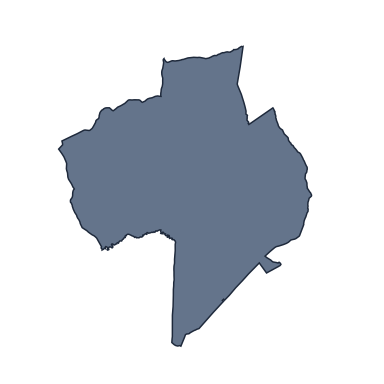 outline of Madarjac, Iasi, Romania, rotated 332°
{"feature_id": "2599482B56251778080144", "entity_name": "Madarjac", "entity_type": "district", "adm_level": 2, "iso_a3": "ROU", "parent_name": "Romania", "parent_adm1": "Iasi", "projection": "orthographic", "projection_center": [27.286, 47.051], "detail": "fine", "context": "isolated", "style": "filled", "palette": "slate", "viewbox_px": 384, "rotation_deg": 332, "n_neighbors": 0, "source": "geoboundaries", "source_scale": "gbopen_adm2", "svg_char_len": 5915}
<svg xmlns="http://www.w3.org/2000/svg" viewBox="0 0 384 384"><g transform="rotate(332 192 192)"><path d="M305.3,87.6L305.0,87.6L304.4,86.9L303.9,86.7L301.2,86.8L300.3,87.2L298.6,87.1L296.6,86.4L295.6,85.8L294.6,86.3L291.2,86.4L289.8,85.5L288.9,84.8L287.7,84.4L285.6,84.0L284.3,83.3L282.1,83.1L281.1,83.2L279.8,82.8L278.8,83.0L277.6,83.0L275.9,82.0L273.7,81.7L272.9,81.8L269.6,81.6L267.0,80.8L266.7,80.7L265.5,79.6L262.2,76.9L261.4,76.4L260.1,75.9L256.8,73.9L251.3,71.7L246.3,70.8L245.5,70.4L244.4,70.3L242.1,69.7L238.6,68.4L236.5,67.0L235.6,66.7L232.7,66.4L231.5,66.2L230.7,65.5L230.2,64.6L229.8,61.5L229.9,61.1L229.3,61.3L228.8,61.6L228.2,62.7L228.0,63.9L226.9,65.6L224.3,69.0L222.3,70.9L221.5,72.1L220.5,74.2L220.1,75.6L219.7,77.4L219.3,78.4L218.7,79.3L217.7,81.2L216.9,82.7L215.3,84.8L213.8,86.1L212.9,87.1L212.0,88.6L211.5,89.2L210.6,90.5L209.6,92.4L209.5,93.0L208.5,92.4L207.2,91.4L206.6,91.0L204.4,90.3L201.1,90.1L198.6,89.3L196.8,89.0L195.0,89.2L193.3,89.7L190.2,89.5L189.9,89.0L189.2,86.8L188.9,86.3L188.3,85.7L184.1,83.4L182.2,82.6L180.3,81.4L179.1,81.0L178.4,81.1L174.4,82.2L169.4,82.4L166.1,82.2L164.3,82.7L160.7,83.3L160.2,82.9L159.6,81.7L159.2,80.3L158.6,78.9L156.4,77.7L154.8,77.1L152.8,77.1L152.4,77.4L150.7,77.4L148.7,78.3L147.8,78.9L145.8,81.1L145.4,81.9L144.3,83.1L143.8,83.3L141.6,83.6L141.0,83.8L140.4,84.2L139.5,85.3L135.9,87.7L133.7,89.0L130.6,89.6L129.6,89.1L126.6,87.0L125.4,86.7L117.5,86.6L112.2,86.3L101.1,85.9L100.5,88.3L99.9,89.6L94.4,91.5L95.1,96.7L95.4,100.4L95.4,101.3L95.0,106.0L94.8,107.5L94.6,108.2L92.0,112.5L91.5,114.2L91.1,116.6L89.4,120.6L89.0,122.8L89.4,128.0L89.4,129.2L89.2,131.7L89.4,132.7L89.5,134.1L88.1,134.7L87.0,135.8L86.1,137.0L84.8,139.3L83.6,140.6L81.2,141.8L80.4,142.8L79.9,144.2L80.2,144.9L80.2,145.5L80.0,147.5L79.6,148.6L79.1,151.6L78.9,155.0L79.2,158.3L78.9,159.7L78.8,161.2L79.0,162.7L79.1,164.3L78.9,166.1L78.5,167.5L78.3,171.9L81.0,176.8L81.7,178.9L83.6,182.7L85.1,184.9L85.8,186.7L86.2,188.0L86.4,197.9L85.8,198.3L85.5,198.8L85.5,199.2L85.8,200.0L85.7,200.5L85.4,201.0L87.3,201.0L88.2,200.5L88.7,200.6L89.0,201.2L89.7,199.9L90.3,199.7L90.9,200.4L91.1,200.8L91.1,202.7L90.1,202.9L90.0,203.2L90.1,203.6L90.8,203.8L91.5,203.8L91.9,202.3L92.5,201.9L93.1,201.8L94.0,202.1L94.6,202.6L95.2,203.8L95.7,203.8L96.3,203.4L96.5,202.4L96.1,200.8L96.5,200.5L97.1,200.3L97.9,201.2L98.3,202.2L99.0,202.4L100.5,202.2L101.2,202.5L101.7,202.0L102.3,201.7L103.1,202.6L104.4,201.6L104.9,201.4L105.8,201.6L106.9,202.2L108.3,201.3L109.3,201.3L110.8,200.5L111.7,200.8L112.0,199.9L112.3,199.6L112.6,199.4L113.4,199.7L113.5,199.3L114.5,199.1L115.1,199.1L115.6,199.2L116.5,199.8L117.9,201.6L118.2,202.2L119.7,203.9L120.0,205.1L120.6,205.1L121.1,205.3L121.3,205.5L121.4,206.3L122.5,206.8L123.4,207.4L124.1,207.6L125.2,207.4L126.3,208.1L126.7,208.2L127.4,208.1L128.2,207.8L128.1,207.2L128.3,207.0L128.6,207.0L129.4,207.4L130.1,207.1L130.8,207.2L131.4,207.0L131.6,207.2L132.1,208.1L132.3,208.1L132.7,207.2L133.0,206.8L133.3,206.7L133.6,206.9L134.2,207.9L134.6,208.1L136.1,208.5L137.8,208.7L138.5,209.4L139.5,209.3L140.3,210.1L141.7,209.4L142.4,209.7L142.7,210.2L143.9,210.1L144.7,210.3L145.4,210.2L145.9,210.4L146.7,210.9L145.8,212.2L145.7,213.0L145.7,213.3L145.0,213.9L146.1,214.9L147.2,213.8L147.5,213.8L147.7,214.1L147.7,214.6L147.9,214.9L147.6,216.0L148.2,216.4L148.5,216.3L148.9,216.5L148.3,217.4L148.2,217.9L148.5,218.3L149.1,218.7L150.0,218.5L150.4,218.6L150.6,218.9L150.5,219.2L150.0,219.8L149.2,219.9L149.0,220.2L149.2,220.5L150.2,220.7L150.9,219.5L151.3,219.6L151.4,219.8L150.4,222.4L151.6,222.7L152.6,223.4L152.8,223.7L152.7,224.0L152.5,224.4L152.1,224.5L152.2,224.8L153.0,225.2L153.7,225.7L153.8,226.6L154.1,227.0L154.0,228.5L152.5,230.5L149.6,236.0L145.0,243.2L143.7,245.7L143.0,246.9L141.3,249.0L139.8,251.6L138.6,254.1L136.9,257.3L135.0,261.2L133.4,263.3L131.7,266.4L129.8,269.3L126.9,274.7L121.5,284.3L116.9,291.5L106.8,310.4L105.3,312.6L103.5,315.5L104.6,318.4L105.2,319.4L105.7,320.1L107.1,321.3L108.9,321.8L109.3,322.1L109.8,322.9L117.4,316.6L119.1,315.0L120.4,314.8L122.1,315.5L123.0,315.7L123.7,315.6L123.9,315.4L128.7,315.3L130.2,315.5L132.1,315.5L134.0,315.9L154.5,308.2L168.5,303.3L167.9,302.0L169.6,301.5L170.0,302.8L176.5,300.7L185.8,297.0L195.4,293.8L203.3,290.9L218.1,286.2L219.8,298.5L235.2,298.3L236.5,297.7L236.6,296.5L235.9,294.9L234.6,295.1L233.4,293.9L230.8,291.9L230.1,290.7L229.6,289.1L227.2,285.0L226.4,282.9L232.9,281.2L239.0,279.9L240.7,279.8L243.5,280.5L247.9,281.3L251.4,281.7L253.7,281.6L256.5,280.9L257.2,280.9L260.6,281.8L261.9,281.9L265.6,281.4L266.4,281.1L275.4,273.2L275.5,272.8L276.0,272.0L277.5,270.1L279.3,268.5L280.8,267.4L283.6,264.6L285.3,263.6L286.6,261.5L286.5,261.0L286.5,260.7L287.9,258.8L288.1,257.9L289.6,255.5L290.7,254.5L292.5,252.5L295.2,251.8L295.6,251.6L296.1,250.9L296.3,248.5L296.0,247.2L295.7,243.5L295.5,243.2L295.6,242.7L295.8,242.5L296.6,240.2L297.7,238.0L298.1,235.2L298.0,234.1L298.1,233.3L298.3,232.8L300.7,229.3L302.2,228.6L302.8,228.1L303.4,227.1L304.3,226.2L304.8,225.3L305.3,224.1L305.2,222.8L305.3,220.4L305.6,217.4L305.5,216.0L305.7,214.1L305.7,209.5L305.4,208.1L304.1,206.1L304.0,205.6L304.1,205.0L303.5,202.0L303.1,201.0L303.0,198.5L302.7,197.9L302.1,197.0L302.0,196.4L302.2,195.4L302.1,195.0L301.8,194.5L301.7,193.9L301.7,193.2L301.5,192.4L301.5,191.6L301.9,190.4L302.1,190.0L302.3,189.3L302.1,188.3L300.7,184.0L300.9,180.8L301.0,179.8L299.7,177.2L299.4,175.6L299.4,174.8L299.3,174.1L299.6,173.2L299.9,171.3L300.2,168.4L300.7,166.8L300.7,166.1L300.9,165.5L301.5,164.6L301.7,164.0L301.9,163.4L301.9,162.1L302.4,161.4L302.5,160.2L302.7,159.5L302.9,159.6L303.0,156.3L302.9,155.7L302.0,155.8L273.9,159.1L273.8,157.9L274.7,157.2L274.8,156.9L274.5,155.8L274.3,154.4L274.5,154.2L274.8,153.4L275.3,152.9L276.2,151.1L276.9,150.4L276.7,149.5L276.2,148.5L277.7,145.9L278.9,141.4L279.8,137.4L281.4,128.9L282.3,119.5L282.6,117.9L293.2,104.2L305.3,87.6Z" fill="#64748b" stroke="#1e293b" stroke-width="1.5"/></g></svg>